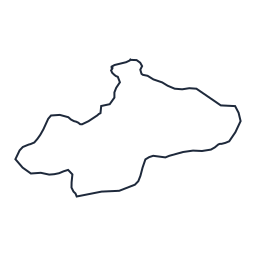 an SVG outline of Tokat
{"feature_id": "TUR-2297", "entity_name": "Tokat", "entity_type": "Province", "adm_level": 1, "iso_a3": "TUR", "parent_name": "Turkey", "parent_adm1": "", "projection": "orthographic", "projection_center": [36.489, 40.417], "detail": "fine", "context": "isolated", "style": "outline", "palette": "slate", "viewbox_px": 256, "rotation_deg": 0, "n_neighbors": 0, "source": "natural_earth", "source_scale": "10m", "svg_char_len": 1245}
<svg xmlns="http://www.w3.org/2000/svg" viewBox="0 0 256 256"><path d="M142.1,66.1L140.3,69.7L141.5,73.8L142.8,74.8L147.6,75.8L153.4,79.4L162.2,82.4L167.6,85.7L174.7,88.7L182.2,89.3L189.3,88.2L196.4,88.7L220.8,105.4L235.1,106.1L238.6,112.8L240.6,121.1L235.4,132.2L229.2,141.3L225.3,142.9L221.4,143.9L219.8,143.9L218.4,144.4L214.8,147.4L210.9,149.6L202.0,151.0L193.0,150.6L183.1,152.0L169.3,155.8L165.4,157.4L153.2,155.8L149.2,157.1L145.4,159.4L142.6,167.5L140.4,175.9L138.3,181.2L134.9,184.7L119.2,190.8L101.6,191.6L76.7,196.5L75.5,193.5L73.5,191.6L71.5,187.6L71.6,182.2L72.4,174.4L68.1,169.9L63.6,171.3L59.1,173.2L54.2,174.2L49.2,174.6L40.8,172.8L30.9,173.5L22.6,167.6L15.4,159.2L19.6,150.4L22.8,147.0L28.6,144.6L30.5,144.1L34.3,142.5L37.4,138.9L40.3,134.8L43.4,129.3L48.2,118.8L51.0,115.5L59.8,114.9L68.3,117.2L70.9,119.5L73.9,121.1L76.2,121.7L78.3,122.7L80.1,124.2L82.0,124.3L88.5,121.2L97.3,115.4L98.8,114.0L99.7,113.6L100.5,113.1L101.2,106.0L109.7,104.2L114.4,97.6L114.4,92.4L116.2,87.8L119.9,82.3L117.8,76.8L116.0,76.1L114.4,74.9L112.2,72.8L111.1,70.4L112.4,68.5L112.4,67.6L111.6,67.6L111.6,66.6L114.6,65.0L126.1,62.2L129.7,60.5L130.4,59.5L131.1,59.9L136.6,60.1L140.2,62.7L142.1,66.1Z" fill="none" stroke="#1e293b" stroke-width="2"/></svg>